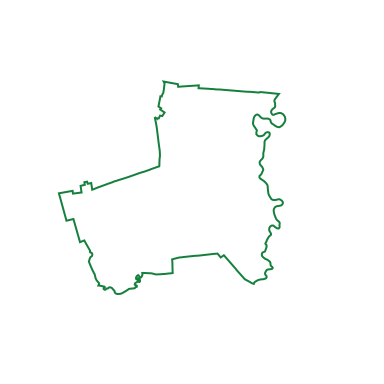 Odobesti, Dâmbovita, Romania, rotated 214°
{"feature_id": "2599482B6181888881552", "entity_name": "Odobesti", "entity_type": "district", "adm_level": 2, "iso_a3": "ROU", "parent_name": "Romania", "parent_adm1": "Dâmbovita", "projection": "orthographic", "projection_center": [25.536, 44.599], "detail": "fine", "context": "isolated", "style": "outline", "palette": "green", "viewbox_px": 384, "rotation_deg": 214, "n_neighbors": 0, "source": "geoboundaries", "source_scale": "gbopen_adm2", "svg_char_len": 5945}
<svg xmlns="http://www.w3.org/2000/svg" viewBox="0 0 384 384"><g transform="rotate(214 192 192)"><path d="M174.8,321.9L190.7,313.4L191.7,312.6L191.9,312.1L192.2,311.8L195.3,310.1L199.6,307.7L200.8,306.9L203.8,305.1L225.4,293.0L226.5,292.4L229.1,290.7L232.3,289.0L233.7,288.1L235.9,286.9L244.6,281.7L246.0,284.2L259.8,273.5L262.0,271.7L262.3,271.5L264.0,273.5L268.8,271.4L277.3,267.7L275.4,266.6L272.5,260.9L271.2,258.0L271.1,256.0L270.5,254.3L271.7,253.7L267.6,244.1L264.4,244.1L264.5,242.6L259.2,242.6L259.1,238.4L261.2,237.5L260.7,234.5L260.7,234.4L262.7,233.3L262.6,233.2L264.0,233.2L264.2,232.7L259.7,228.3L256.9,225.3L246.8,213.7L241.6,207.9L239.3,204.8L238.2,203.0L237.3,201.1L234.2,196.2L233.5,195.0L234.6,193.6L238.4,188.5L240.0,186.1L241.7,183.9L243.1,182.0L245.4,179.3L250.8,172.0L252.8,169.3L253.8,168.0L257.1,163.8L259.5,160.9L261.2,158.6L261.9,157.8L262.2,157.6L262.8,156.6L263.0,156.3L263.2,155.9L263.8,155.1L266.0,152.2L271.1,145.1L272.2,143.7L275.1,139.3L276.0,138.1L280.6,143.1L282.6,140.9L283.1,140.5L284.7,141.9L286.7,140.0L284.9,138.0L287.8,134.8L283.3,129.8L289.8,124.1L291.6,126.2L301.6,116.5L280.0,98.0L275.2,103.3L256.8,87.8L254.2,91.6L250.7,89.8L243.8,86.4L243.4,85.9L243.2,85.4L242.9,85.1L242.5,85.0L242.3,85.1L241.8,85.3L241.1,85.4L240.8,85.3L240.3,85.1L240.0,84.8L239.7,84.4L239.4,83.8L239.3,83.6L239.2,83.0L239.2,82.5L239.5,82.0L239.7,81.6L239.7,80.7L239.6,79.8L239.2,78.6L238.5,76.6L235.6,74.6L230.4,71.3L229.6,71.0L228.1,70.0L227.5,69.8L226.5,69.2L225.9,68.6L224.3,67.2L223.6,66.5L221.8,65.5L218.1,64.4L217.6,63.9L217.5,62.9L217.3,62.1L216.7,62.5L211.9,64.5L211.3,64.5L211.1,64.2L211.3,63.7L211.4,62.7L211.0,62.2L210.3,62.1L209.7,62.2L209.2,62.5L209.0,63.0L209.0,63.9L208.7,64.4L208.0,64.8L207.7,65.3L207.5,66.3L207.1,66.8L206.6,67.2L205.6,67.5L204.7,67.6L202.5,67.0L201.2,66.8L200.0,65.7L199.3,65.4L198.6,65.3L197.9,65.3L197.0,65.7L196.2,66.1L194.7,67.3L194.1,68.0L193.4,68.9L192.6,70.5L191.6,72.6L190.7,74.6L190.1,76.4L187.8,78.4L185.7,80.1L185.6,81.5L185.4,81.8L184.9,82.3L184.8,82.7L185.0,83.1L185.3,83.4L185.6,83.5L186.0,83.5L186.5,83.3L186.9,83.1L187.4,83.1L187.8,83.3L188.0,83.7L188.1,84.3L188.1,84.8L187.3,86.4L187.2,86.9L187.3,87.5L187.2,87.8L186.7,87.9L186.3,87.8L186.0,87.7L185.6,87.8L185.2,88.0L185.2,88.4L185.2,88.8L185.3,89.1L185.6,89.5L187.3,88.9L187.6,88.9L187.8,89.0L187.9,89.4L187.7,89.6L186.8,90.1L186.6,90.4L186.8,90.6L187.3,90.7L187.9,90.6L188.5,90.3L188.8,90.0L189.0,89.5L189.1,88.8L189.3,88.6L189.5,88.6L189.8,88.8L190.3,89.3L190.7,90.7L190.7,91.2L190.5,92.3L190.1,93.0L189.8,93.0L189.1,92.8L187.8,92.2L187.3,92.2L186.7,92.4L186.4,93.0L186.4,93.8L186.5,94.6L186.8,95.5L187.0,96.0L187.6,96.7L188.0,97.1L187.9,97.2L180.3,101.8L179.2,102.3L177.0,103.0L175.8,103.5L174.7,104.3L172.1,106.2L170.2,107.8L168.9,108.7L165.9,111.3L164.6,112.3L163.2,113.5L162.7,114.0L163.4,114.9L169.0,122.8L170.8,125.0L168.8,127.4L166.2,130.3L165.3,131.1L164.1,132.0L163.6,132.5L162.5,133.5L160.2,135.4L159.9,135.7L153.4,141.1L151.7,142.3L139.3,152.9L136.4,155.2L131.6,153.8L130.2,157.4L112.2,152.6L111.6,152.3L99.4,149.2L93.4,149.8L91.7,149.8L89.4,150.4L89.6,150.9L89.7,152.2L89.3,153.2L88.4,155.2L88.1,155.7L87.3,156.7L86.3,157.8L84.0,159.7L83.0,160.9L82.4,161.9L82.4,162.8L82.9,163.6L83.3,164.0L84.2,164.3L85.1,164.5L85.9,165.3L86.2,165.9L86.3,166.5L86.5,168.8L86.2,169.7L84.8,171.0L83.3,172.3L82.7,172.9L82.6,173.7L82.6,174.1L82.9,174.5L83.5,174.7L85.0,174.9L85.5,175.0L86.0,175.4L86.7,176.3L87.6,177.3L88.6,177.8L91.7,178.0L93.6,177.5L95.2,177.6L96.8,177.7L97.8,178.0L98.4,178.4L99.2,179.2L99.6,180.4L99.7,181.0L99.5,181.6L98.5,183.1L98.3,183.5L98.3,184.0L98.6,184.9L99.3,187.6L99.6,188.3L99.9,188.8L100.4,189.5L100.8,189.8L101.3,189.8L102.0,190.0L102.3,190.2L102.4,190.5L102.5,192.2L102.8,193.3L103.0,193.8L103.3,197.6L102.9,199.5L102.6,200.5L102.7,200.9L103.3,201.7L105.8,202.9L107.0,203.9L107.7,205.3L107.9,206.6L107.7,207.7L107.1,208.8L106.0,209.6L104.8,209.6L103.6,209.4L101.1,209.5L100.1,209.9L99.7,210.3L99.6,211.2L99.7,211.8L100.3,212.6L101.0,213.5L101.7,215.0L102.2,215.5L102.6,215.8L103.2,215.9L103.8,216.1L105.2,216.2L105.8,216.3L107.1,216.7L108.9,217.9L110.7,219.1L112.7,220.9L113.9,222.3L114.5,223.4L114.7,224.7L114.7,225.7L114.2,227.0L113.2,228.2L111.9,229.3L110.9,230.4L110.4,231.1L110.3,231.9L110.2,232.7L110.6,233.8L110.9,234.3L111.4,234.6L112.5,235.0L114.2,235.1L115.4,234.9L116.3,234.3L117.7,232.7L118.9,231.6L120.5,230.7L121.6,230.5L122.5,230.6L126.2,232.3L127.8,233.4L130.9,237.0L132.5,239.1L133.5,240.0L134.8,240.5L136.6,241.0L138.5,241.3L142.3,241.3L143.1,241.3L143.9,241.6L144.4,242.0L144.8,242.6L145.0,243.3L144.6,244.6L144.6,246.4L145.3,250.1L145.5,250.5L146.6,251.3L147.5,251.8L148.2,252.1L150.9,252.8L151.6,253.3L152.2,254.0L152.5,254.4L152.7,255.0L152.8,255.8L152.7,256.8L152.4,258.4L152.3,259.7L152.6,261.1L153.7,262.8L154.5,263.8L156.0,267.7L158.3,271.7L159.9,274.1L160.3,275.5L160.2,276.6L159.6,279.0L159.3,280.0L159.2,281.6L159.7,283.1L160.3,284.0L160.9,284.4L161.8,284.4L162.9,283.8L163.6,283.0L164.1,281.9L164.2,281.1L164.2,280.4L164.2,279.7L164.5,278.9L165.0,278.1L165.4,277.5L167.0,276.1L168.1,275.5L169.3,275.5L170.9,275.9L171.6,276.8L172.1,277.7L172.5,279.1L172.9,279.5L176.3,280.9L177.3,281.2L178.3,281.7L179.4,282.6L180.1,283.4L182.1,287.8L182.4,289.2L182.4,290.2L182.2,291.3L181.9,292.0L181.6,292.4L181.3,292.7L180.2,293.0L179.5,293.0L178.0,292.7L176.7,292.4L175.9,292.3L174.9,292.4L173.6,292.9L170.1,295.3L169.4,295.5L168.2,295.7L167.1,295.3L166.3,294.5L165.3,293.8L164.7,293.6L164.0,293.4L162.1,293.5L160.5,293.4L158.6,293.5L157.2,293.8L155.8,294.6L155.1,295.9L154.4,297.8L154.3,299.5L154.3,301.3L154.5,302.9L154.9,303.8L155.7,305.0L157.1,306.3L158.3,306.9L160.1,307.4L162.3,307.2L163.6,306.5L164.3,305.9L166.5,303.2L167.3,301.8L167.9,301.3L168.7,301.1L170.4,301.8L170.9,302.3L171.4,302.9L171.7,304.0L171.6,305.7L170.8,307.9L170.7,308.5L170.9,309.5L172.9,312.2L174.3,313.1L175.1,314.6L175.1,316.5L174.8,321.9Z" fill="none" stroke="#15803d" stroke-width="2"/></g></svg>